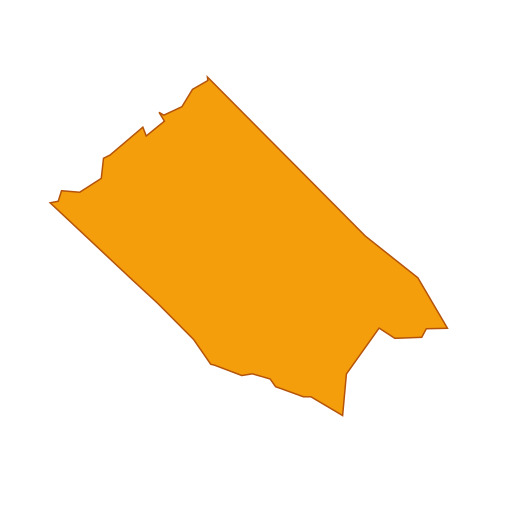 the district of Toombs, Georgia, United States of America, rotated 127°
{"feature_id": "52423323B90214298110326", "entity_name": "Toombs", "entity_type": "district", "adm_level": 2, "iso_a3": "USA", "parent_name": "United States of America", "parent_adm1": "Georgia", "projection": "orthographic", "projection_center": [-82.313, 32.133], "detail": "fine", "context": "isolated", "style": "filled", "palette": "amber", "viewbox_px": 512, "rotation_deg": 127, "n_neighbors": 0, "source": "geoboundaries", "source_scale": "gbopen_adm2", "svg_char_len": 610}
<svg xmlns="http://www.w3.org/2000/svg" viewBox="0 0 512 512"><g transform="rotate(127 256 256)"><path d="M337.4,452.4L349.7,338.7L352.9,306.5L360.2,255.7L369.7,227.0L368.3,223.8L360.0,195.4L352.3,188.0L345.7,170.7L348.6,161.7L339.9,133.4L335.4,127.4L331.3,90.8L295.8,112.8L239.5,114.3L238.2,95.6L221.2,74.7L211.6,76.2L198.5,59.6L176.0,113.6L174.3,180.6L142.3,402.5L144.9,400.1L161.1,407.0L181.3,405.0L199.0,414.4L199.6,419.9L203.4,410.3L226.2,415.9L221.2,423.9L263.1,433.3L269.7,436.6L287.1,426.3L311.2,435.2L320.9,450.6L331.3,446.9L337.4,452.4Z" fill="#f59e0b" stroke="#b45309" stroke-width="1.5"/></g></svg>